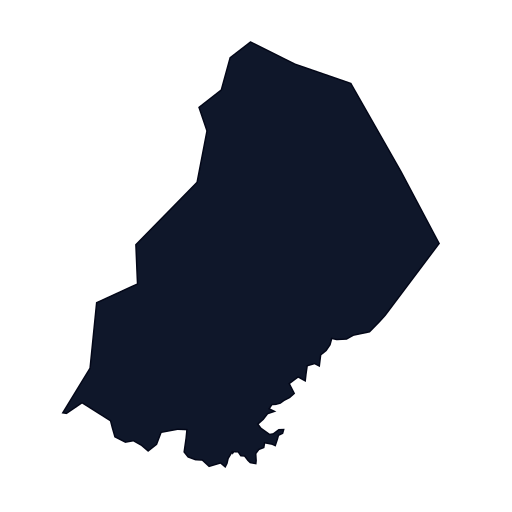 outline of Prodromos, Limassol, Cyprus, rotated 274°
{"feature_id": "46923920B98027274142327", "entity_name": "Prodromos", "entity_type": "district", "adm_level": 2, "iso_a3": "CYP", "parent_name": "Cyprus", "parent_adm1": "Limassol", "projection": "natural_earth1", "projection_center": [32.829, 34.941], "detail": "fine", "context": "isolated", "style": "filled", "palette": "ink", "viewbox_px": 512, "rotation_deg": 274, "n_neighbors": 0, "source": "geoboundaries", "source_scale": "gbopen_adm2", "svg_char_len": 1267}
<svg xmlns="http://www.w3.org/2000/svg" viewBox="0 0 512 512"><g transform="rotate(274 256 256)"><path d="M400.3,188.8L377.4,198.4L325.4,192.1L258.9,135.4L224.8,139.2L219.8,139.8L217.0,134.5L198.3,100.3L132.5,98.3L86.1,74.2L85.8,77.9L97.5,92.7L81.5,122.4L74.6,124.7L65.8,127.9L61.2,138.7L63.2,146.6L59.2,155.0L54.0,162.0L61.2,169.9L73.5,173.6L77.7,189.8L78.0,199.2L76.4,199.2L69.4,199.0L55.5,198.0L50.8,202.3L48.6,209.8L48.7,216.7L42.9,223.9L47.1,235.1L43.5,240.0L47.1,241.5L52.1,242.3L59.0,245.8L57.7,246.5L59.2,247.4L59.4,251.9L55.7,254.8L55.7,258.6L51.5,262.3L49.5,264.7L48.9,270.3L51.9,270.4L58.9,269.5L63.2,272.3L65.5,277.1L70.3,277.6L69.4,285.3L68.2,288.4L74.8,290.1L78.7,290.9L81.0,294.9L84.8,295.7L84.3,290.9L79.8,285.7L78.9,282.0L84.5,272.9L88.4,269.5L93.6,274.6L99.5,278.5L102.3,285.2L104.5,279.7L108.9,282.2L109.4,286.0L110.9,290.4L114.0,294.1L117.2,299.4L121.6,303.7L131.0,298.0L138.3,306.4L134.9,313.8L141.9,314.1L150.1,314.7L152.8,322.0L150.7,326.8L161.9,327.4L166.6,332.5L172.6,336.0L179.1,337.3L178.3,342.3L179.5,352.1L183.8,358.6L188.3,374.5L199.0,383.6L205.9,389.0L280.7,437.4L281.2,437.8L350.2,394.8L432.8,339.8L434.7,338.6L450.1,281.4L469.1,235.6L452.0,216.4L419.2,209.8L400.3,188.8Z" fill="#0f172a" stroke="#020617" stroke-width="1.5"/></g></svg>